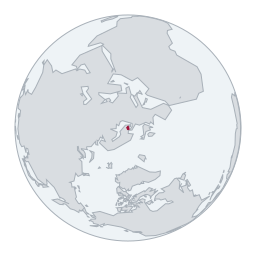 globe centered on Halland, rotated 203°
{"feature_id": "SWE-187", "entity_name": "Halland", "entity_type": "County", "adm_level": 1, "iso_a3": "SWE", "parent_name": "Sweden", "parent_adm1": "", "projection": "orthographic", "projection_center": [12.697, 56.977], "detail": "fine", "context": "on_globe", "style": "filled", "palette": "rose", "viewbox_px": 256, "rotation_deg": 203, "n_neighbors": 0, "source": "natural_earth", "source_scale": "10m", "svg_char_len": 10631}
<svg xmlns="http://www.w3.org/2000/svg" viewBox="0 0 256 256"><g transform="rotate(203 128 128)"><circle cx="128" cy="128" r="113" fill="#eef3f6" stroke="#a8b0b8"/><path d="M15.4,123.6L15.6,124.2L16.6,117.7L16.8,114.8L16.5,114.4L18.2,103.9L20.1,97.6L32.0,69.1L34.7,65.1L36.9,62.4L52.0,46.8L40.3,57.7L44.1,53.3L49.2,48.3L48.8,48.9L55.7,43.6L60.6,39.8L69.5,35.5L77.2,35.9L74.0,37.3L76.2,37.5L80.3,35.7L82.4,34.6L95.4,34.2L109.1,31.2L112.5,28.7L112.5,30.7L118.3,24.9L125.1,23.2L117.9,26.2L117.6,27.5L122.6,26.7L123.3,27.8L126.1,28.1L126.6,29.5L122.3,31.5L122.5,32.5L126.0,31.9L128.7,33.2L123.5,33.8L127.6,36.1L121.3,40.2L107.2,41.5L104.2,45.7L91.1,52.3L92.8,53.2L88.9,56.5L89.4,58.9L86.8,59.6L89.5,60.8L91.8,59.7L93.7,59.9L94.2,61.3L91.0,62.4L90.3,61.9L89.6,62.9L87.8,63.0L89.0,63.7L85.0,65.0L89.7,65.7L87.1,68.5L84.3,68.8L83.7,66.1L75.6,61.0L72.6,60.9L68.9,63.2L63.9,72.9L60.9,74.1L57.5,77.5L59.5,78.0L62.9,75.5L65.9,77.5L69.7,74.5L71.4,74.9L75.7,73.0L76.0,76.2L74.0,80.4L70.5,82.2L69.5,84.2L73.6,85.0L67.8,90.9L65.3,99.5L63.7,100.9L59.2,98.7L57.2,92.2L51.4,90.2L56.1,94.6L52.0,98.2L51.8,100.1L52.5,101.8L54.5,101.7L53.3,103.7L48.1,99.9L49.1,98.0L50.8,99.2L49.8,96.2L46.3,94.1L44.5,96.2L41.1,91.2L39.8,92.8L38.3,92.7L40.7,90.5L36.4,94.4L32.1,90.3L26.2,97.3L31.0,88.2L32.1,84.1L32.8,79.8L31.8,80.8L34.2,74.2L34.1,71.0L30.5,73.9L27.0,79.7L24.6,86.4L25.5,86.2L24.7,90.6L21.9,92.9L20.0,102.1L18.2,105.7L17.2,110.4L17.0,114.1L16.6,119.5L17.6,120.1L18.5,123.7L17.3,127.4L18.8,126.9L18.7,131.5L21.3,141.3L20.8,141.3L22.8,154.0L27.0,164.8L28.0,169.5L27.3,170.1L29.2,173.6L29.2,174.7L38.5,188.3L44.8,196.8L45.5,200.2L42.3,199.3L43.6,202.6L38.2,196.0L33.3,188.9L28.9,181.5L25.1,173.8L21.9,165.8L19.3,157.6L17.4,149.3L16.1,140.8L15.4,132.2L15.4,123.6ZM24.6,98.9L22.5,111.5L22.1,106.4L22.4,106.9L23.3,103.2L24.4,97.5L24.4,93.4L24.6,98.9ZM27.3,99.8L27.5,97.9L27.5,99.5L27.3,99.8ZM83.2,34.0L80.3,35.6L76.4,36.9L78.7,35.3L83.2,34.0ZM90.8,32.3L89.6,33.2L87.3,32.7L88.7,32.3L90.8,32.3ZM114.8,26.7L112.2,27.3L114.4,26.4L114.8,26.7ZM126.4,27.9L126.9,27.4L128.1,27.8L126.4,27.9ZM75.2,71.4L75.4,72.2L74.5,72.1L75.2,71.4ZM76.9,69.9L75.7,69.3L76.3,68.5L77.0,68.9L76.9,69.9ZM130.0,30.4L131.8,31.3L129.2,30.7L130.0,30.4ZM78.2,70.9L77.5,67.2L78.6,65.8L82.2,66.2L78.2,70.9ZM132.4,32.1L137.0,34.4L138.5,33.4L136.9,37.6L133.5,34.2L130.1,33.5L132.3,33.1L132.4,32.1ZM92.3,58.8L89.9,60.1L91.4,57.8L92.3,58.8ZM92.8,57.4L94.7,50.6L98.4,49.5L97.0,51.9L101.6,49.7L102.5,52.5L100.2,54.4L97.6,54.5L99.9,55.5L92.8,57.4ZM135.3,39.7L135.8,40.6L134.5,40.0L135.3,39.7ZM94.6,59.9L94.6,58.5L97.9,57.5L98.4,60.0L97.2,59.5L94.6,59.9ZM102.3,47.8L104.8,47.6L106.3,49.8L107.4,50.0L102.8,52.5L102.3,47.8ZM96.7,60.4L98.6,61.3L97.5,63.0L94.8,61.1L96.7,60.4ZM98.5,56.2L100.1,55.9L99.4,56.8L98.5,56.2ZM94.7,69.9L94.7,68.2L96.4,67.5L94.7,69.9ZM99.4,61.5L99.7,61.0L100.4,60.5L101.4,61.5L99.4,61.5ZM104.2,54.0L104.2,55.0L106.1,53.0L107.3,54.7L104.0,56.1L105.9,56.2L106.2,56.7L103.2,57.3L104.2,54.0ZM104.4,61.2L100.6,63.7L100.3,67.0L98.7,67.6L99.6,62.3L104.4,61.2ZM103.9,58.8L103.9,60.4L102.0,60.4L100.9,59.3L103.9,58.8ZM109.2,55.3L108.3,52.4L109.1,52.2L109.2,55.3ZM104.7,62.1L105.6,61.5L104.9,62.3L104.7,62.1ZM108.3,57.4L107.8,56.4L108.7,56.2L108.3,57.4ZM107.7,61.1L106.5,61.9L105.7,61.2L107.7,61.1ZM108.3,59.4L109.6,59.4L106.2,60.4L107.9,59.0L108.3,59.4ZM109.1,57.4L109.5,56.9L109.2,57.8L109.1,57.4ZM111.5,63.6L107.4,65.1L105.6,63.4L109.8,62.2L111.5,63.6ZM137.2,240.3L137.2,240.2L132.4,240.0L126.0,236.1L129.8,233.2L129.0,230.5L120.3,223.4L122.3,218.9L119.8,216.8L114.7,217.0L111.7,214.2L108.5,213.8L88.4,211.4L81.8,206.1L73.0,191.2L76.4,187.6L76.3,181.3L98.8,164.8L104.4,167.3L123.0,165.7L125.5,166.6L124.1,172.3L138.8,178.1L142.6,173.1L155.0,174.3L162.7,172.0L164.0,160.9L151.3,164.6L148.3,159.9L157.7,152.5L168.7,149.2L167.9,147.3L160.2,145.2L162.0,140.3L157.5,144.1L159.9,145.6L157.1,148.0L154.8,146.8L155.5,145.1L152.0,145.1L149.4,153.6L151.6,156.1L142.8,159.3L145.5,163.8L143.4,166.5L138.0,159.9L138.0,157.1L128.6,150.0L127.8,153.1L136.7,160.2L134.2,159.9L133.3,164.5L132.1,160.7L122.7,152.4L114.3,154.1L104.9,164.6L99.7,164.6L94.8,161.4L97.0,150.1L108.3,151.2L109.2,147.5L105.9,141.4L109.6,142.4L109.6,140.1L113.8,140.2L118.6,135.1L122.7,134.6L123.6,127.6L125.8,126.5L124.6,130.9L126.0,133.8L135.9,132.6L137.6,130.9L137.4,126.5L140.1,126.9L138.7,122.8L143.9,120.1L136.3,120.1L135.8,115.3L138.4,111.1L136.9,109.6L132.6,116.5L132.2,119.3L134.0,121.6L131.5,129.6L128.3,131.2L125.7,123.1L120.8,124.5L120.9,117.8L132.4,102.8L137.7,99.2L148.5,103.2L147.9,106.5L143.6,106.7L148.4,110.8L147.6,108.4L149.9,108.8L150.1,104.6L151.7,104.6L149.0,100.5L151.1,100.1L152.7,102.8L154.7,96.4L158.6,94.7L158.3,93.3L156.8,92.2L162.8,90.8L162.2,89.9L160.1,89.9L157.6,88.0L155.6,84.2L157.8,83.9L158.8,85.3L164.2,87.8L166.6,91.6L167.3,91.1L165.8,87.8L159.2,84.6L157.3,82.5L160.6,83.4L159.3,82.9L159.1,81.7L160.9,80.4L157.4,79.1L152.0,67.4L155.0,63.9L158.5,65.9L157.0,58.1L160.5,55.2L158.5,55.2L156.5,51.7L155.4,52.5L154.3,52.3L148.5,44.3L148.8,42.3L144.1,39.2L143.0,39.3L142.5,40.5L136.9,37.6L138.5,33.4L140.7,33.5L140.2,31.0L145.4,31.6L149.5,31.1L155.5,33.5L158.2,33.1L157.7,32.1L161.0,31.0L169.6,32.2L165.0,35.2L152.6,35.2L157.8,35.4L157.3,36.6L159.6,37.5L163.3,37.7L163.3,37.0L172.7,44.5L182.9,48.6L180.5,44.8L181.8,43.3L191.3,45.7L206.6,58.2L208.5,57.2L210.6,58.4L213.1,61.9L210.2,60.2L210.2,62.3L208.2,60.9L211.2,66.3L208.5,64.6L212.2,69.8L213.9,69.7L212.2,65.4L216.6,70.9L218.5,69.3L221.8,71.9L229.1,84.4L231.8,93.2L232.7,94.7L232.1,96.4L233.8,102.3L236.8,103.1L237.6,105.1L239.3,114.8L238.9,113.6L237.5,117.9L239.0,123.8L240.1,121.7L240.6,124.1L240.5,127.2L239.8,125.4L239.3,126.8L238.1,122.2L235.3,118.8L235.1,124.5L233.9,121.9L229.9,121.3L228.9,129.3L228.2,145.8L230.1,153.0L229.0,159.3L222.6,155.3L218.8,149.7L217.0,153.2L210.0,152.2L199.4,161.8L197.4,160.7L195.5,163.4L190.4,164.4L187.2,162.0L184.4,164.1L192.9,170.0L195.9,167.7L197.7,161.9L199.5,164.6L204.3,164.2L200.8,176.2L184.3,193.7L181.8,188.6L165.1,176.4L165.2,174.1L165.1,173.9L164.8,173.5L164.1,177.5L161.0,174.6L170.8,184.9L172.8,189.7L184.0,194.2L183.2,195.6L186.6,195.7L196.5,187.6L196.7,189.5L192.5,200.6L178.1,217.2L179.6,221.6L177.8,225.6L167.9,231.1L167.8,232.6L162.5,234.7L161.5,235.4L156.8,236.9L154.5,237.5L145.9,239.2L137.2,240.3ZM92.0,175.4L91.7,177.4L92.0,175.4ZM181.1,150.7L187.1,147.5L183.0,142.4L185.0,140.7L182.8,139.7L182.7,142.0L177.2,138.7L179.3,135.1L177.9,132.4L175.8,133.4L172.8,140.6L180.6,145.4L179.8,148.9L181.1,150.7ZM21.4,141.5L21.6,143.4L21.1,141.9L21.4,141.5ZM21.2,107.1L21.1,109.3L20.8,110.9L20.7,109.5L21.2,107.1ZM22.9,124.4L23.2,127.0L22.5,124.9L22.9,124.4ZM22.4,113.5L22.6,122.4L21.2,118.7L21.2,113.1L21.7,116.1L22.4,113.5ZM25.6,100.8L25.4,102.3L24.9,102.6L25.6,100.8ZM27.3,101.0L27.2,100.5L27.7,99.4L27.3,101.0ZM52.4,98.4L52.7,98.8L53.1,100.7L52.2,100.2L52.4,98.4ZM59.6,107.0L57.5,110.0L58.3,107.4L56.6,107.3L56.1,101.9L62.9,101.3L59.9,102.5L59.6,107.0ZM57.4,94.8L56.9,98.1L57.2,94.5L57.4,94.8ZM105.7,128.3L107.4,130.0L106.3,132.5L101.2,133.6L102.7,129.9L105.7,128.3ZM110.1,131.8L109.0,123.8L112.1,122.9L110.6,124.7L112.8,125.0L110.8,128.0L115.0,135.3L114.3,138.0L105.1,138.3L108.5,136.6L106.6,135.0L110.1,131.8ZM100.5,106.3L100.0,103.2L107.4,105.3L107.0,107.9L101.8,109.1L99.3,106.6L100.5,106.3ZM84.8,72.6L84.2,71.7L85.1,71.3L86.3,71.8L84.8,72.6ZM94.6,69.1L88.6,76.6L87.6,75.9L85.3,81.4L81.7,81.6L83.3,77.9L78.8,82.4L78.7,79.1L76.0,82.4L79.9,74.3L79.6,71.7L81.3,74.4L84.6,74.3L86.0,73.5L89.8,69.3L91.0,63.9L94.5,63.1L96.7,64.0L96.9,65.1L94.6,65.3L96.6,66.8L93.4,67.9L94.6,69.1ZM120.1,77.1L117.3,76.3L120.8,80.3L117.6,81.1L118.2,81.5L116.2,83.3L114.9,86.4L113.3,86.3L113.4,87.5L112.1,88.9L111.8,90.6L108.9,91.1L108.2,93.2L107.2,92.3L106.9,95.9L105.8,93.4L104.0,95.0L106.0,96.5L90.9,96.0L85.4,98.0L81.4,101.1L80.0,96.7L82.9,91.2L87.9,85.9L93.4,84.8L91.8,83.1L93.9,82.1L94.3,83.8L95.0,80.6L96.9,80.3L101.3,76.1L101.2,71.9L102.8,70.4L103.8,71.9L104.7,69.3L107.7,71.2L108.9,70.1L113.1,71.0L114.3,74.7L115.6,73.3L118.8,74.0L120.1,77.1ZM112.6,63.9L114.8,67.9L114.1,70.4L107.1,67.8L105.6,68.5L101.1,67.1L102.2,63.7L103.4,64.3L104.8,64.2L103.9,65.3L105.7,64.4L107.4,65.3L109.2,64.8L109.4,66.2L112.6,63.9ZM127.8,164.4L129.6,164.6L132.4,164.1L131.8,167.1L127.8,164.4ZM121.3,158.9L122.8,158.5L123.4,162.3L121.5,162.2L121.3,158.9ZM123.2,155.1L122.9,158.2L122.0,156.4L123.2,155.1ZM126.0,130.3L127.6,129.7L128.0,130.7L127.3,132.3L126.0,130.3ZM130.0,89.7L128.5,88.7L128.8,88.1L127.2,84.6L129.5,83.8L131.3,85.6L130.0,89.7ZM162.1,163.4L160.2,166.1L158.9,165.5L159.8,164.7L162.1,163.4ZM145.5,167.5L149.5,168.0L145.3,168.3L145.5,167.5ZM132.2,88.3L131.2,86.9L132.9,87.4L132.2,88.3ZM131.0,83.1L132.9,83.3L129.5,83.3L131.0,83.1ZM194.6,216.1L185.7,224.5L181.1,227.0L181.1,226.4L184.9,222.3L190.5,218.3L193.5,215.1L194.6,216.1ZM240.5,133.3L239.2,134.3L239.7,130.9L240.6,126.3L240.5,133.3ZM230.5,153.2L232.4,154.8L231.6,157.3L230.5,153.2ZM234.8,92.1L233.7,89.1L233.9,89.5L234.8,92.1ZM231.9,84.6L232.4,85.6L232.4,85.9L231.9,84.6ZM233.8,96.4L234.2,99.2L233.7,98.4L232.7,94.4L233.8,96.4ZM224.4,74.3L226.5,76.6L227.3,77.9L226.5,77.6L224.4,74.3ZM150.1,81.1L149.8,86.7L151.1,90.5L154.2,92.2L149.8,92.4L147.8,86.5L150.1,81.1ZM151.5,69.1L148.8,67.9L150.0,66.9L150.8,67.1L151.5,69.1ZM149.9,69.4L146.5,70.6L145.0,69.0L148.0,68.3L149.9,69.4ZM139.4,79.3L139.2,81.0L137.8,80.5L139.4,79.3ZM230.8,82.0L232.0,85.1L229.6,80.8L228.7,78.6L230.9,82.6L230.5,81.3L230.8,82.0ZM209.8,54.7L208.6,54.2L207.1,52.2L208.4,53.1L209.8,54.7ZM201.0,45.6L206.3,51.5L210.3,56.6L210.2,55.7L213.2,58.4L212.1,58.8L207.5,54.0L204.9,50.5L202.3,48.8L198.9,45.6L196.2,44.7L194.0,43.1L195.7,43.0L201.0,45.6ZM195.1,44.5L189.1,42.3L187.2,39.4L188.1,39.2L191.7,41.4L192.4,42.8L195.1,44.5ZM187.1,41.0L187.7,42.4L180.3,43.3L178.3,42.8L183.0,40.2L183.9,41.5L186.0,41.9L187.1,41.0ZM136.8,40.2L135.8,40.6L136.1,39.8L136.8,40.2ZM153.7,52.9L152.2,52.4L152.6,51.4L153.7,52.9ZM148.3,50.6L148.9,52.0L147.4,50.6L148.3,50.6ZM150.5,55.4L148.7,52.7L151.7,55.1L150.5,55.4Z" fill="#d9dde1" stroke="#a8b0b8" stroke-width="1"/><path d="M128.2,129.0L128.3,128.9L128.2,128.8L128.2,128.7L127.9,128.5L127.9,128.4L127.8,128.2L127.7,128.2L127.6,127.9L127.5,127.7L127.4,127.6L127.5,127.6L127.4,127.5L127.4,127.4L127.3,127.2L127.2,127.3L127.2,127.2L127.2,126.9L127.3,126.8L127.6,126.7L127.6,126.8L127.6,127.0L127.7,127.3L127.8,127.4L128.0,127.3L128.3,127.4L128.3,127.5L128.2,127.5L128.3,127.5L128.4,127.8L128.5,127.8L128.7,127.7L128.8,127.7L128.9,127.8L129.0,127.8L129.1,128.0L128.9,128.2L128.7,128.2L128.7,128.3L128.7,128.5L128.8,128.7L128.8,128.8L128.8,129.0L128.7,129.1L128.6,129.3L128.5,129.2L128.3,129.2L128.2,129.0L128.2,129.0Z" fill="#f43f5e" stroke="#9f1239" stroke-width="1.5"/></g></svg>